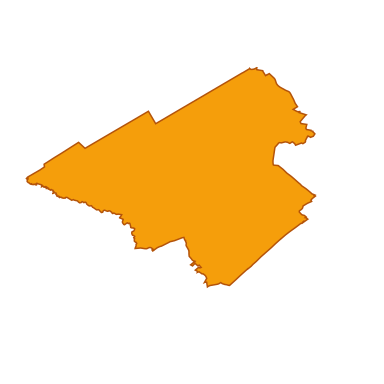 the district of Gaviezes pag., Grobinas, Latvia, rotated 150°
{"feature_id": "27541924B56767178281632", "entity_name": "Gaviezes pag.", "entity_type": "district", "adm_level": 2, "iso_a3": "LVA", "parent_name": "Latvia", "parent_adm1": "Grobinas", "projection": "natural_earth1", "projection_center": [21.351, 56.477], "detail": "fine", "context": "isolated", "style": "filled", "palette": "amber", "viewbox_px": 384, "rotation_deg": 150, "n_neighbors": 0, "source": "geoboundaries", "source_scale": "gbopen_adm2", "svg_char_len": 5966}
<svg xmlns="http://www.w3.org/2000/svg" viewBox="0 0 384 384"><g transform="rotate(150 192 192)"><path d="M229.6,129.6L228.5,127.7L225.0,128.7L225.0,128.4L223.8,125.0L222.4,125.1L221.8,122.1L223.0,122.3L224.2,123.4L228.2,122.7L227.4,121.4L227.1,120.6L227.2,119.9L227.5,119.7L225.8,119.4L224.2,116.0L223.3,115.6L222.3,113.1L222.2,111.9L222.4,109.9L226.5,107.4L225.8,107.3L224.4,106.6L226.1,102.1L225.1,102.2L223.2,102.0L216.9,99.7L215.3,99.2L213.8,99.1L212.4,99.2L211.6,97.5L209.8,95.5L208.3,94.3L207.0,92.9L206.2,92.3L197.5,94.2L192.5,95.4L182.3,97.6L182.3,97.4L177.9,98.1L175.3,98.9L171.2,99.7L164.8,101.4L150.9,104.2L145.6,105.5L138.6,107.0L138.6,106.9L132.4,108.1L127.2,108.8L120.2,109.5L113.9,110.3L113.0,110.3L112.6,109.9L112.0,109.9L111.2,110.1L111.2,110.5L110.5,110.6L110.1,110.8L109.7,110.8L109.6,110.3L110.2,110.3L110.4,110.1L105.3,110.6L106.2,112.8L106.6,113.1L105.6,113.2L106.4,115.5L108.0,117.1L108.3,117.7L108.6,118.8L109.1,121.1L108.4,122.0L105.8,122.2L104.3,122.8L102.7,124.4L97.7,124.5L93.1,124.0L93.1,125.5L91.0,126.2L87.5,126.7L88.1,127.5L88.1,127.8L87.0,127.8L89.2,130.7L89.4,131.8L91.2,136.7L91.8,138.2L93.9,142.5L94.3,144.5L95.2,146.9L97.1,152.7L98.2,155.8L100.4,160.9L101.8,166.0L104.1,171.8L107.8,174.4L108.0,175.0L107.3,176.7L106.2,178.7L98.0,189.0L97.6,189.3L93.6,190.6L92.9,191.0L91.7,191.1L89.9,189.8L86.2,188.8L84.4,187.3L83.2,185.4L83.0,185.2L80.2,185.3L79.9,185.2L78.9,182.6L78.9,180.7L72.7,179.7L71.8,178.4L69.2,178.5L68.5,178.9L68.2,179.6L67.4,180.3L64.5,182.1L64.3,182.4L63.6,182.5L63.6,182.1L62.4,181.0L62.1,180.1L59.1,179.6L56.5,180.9L56.7,182.0L57.2,183.1L57.2,183.5L56.9,184.0L58.1,185.3L59.0,186.6L58.9,186.6L61.6,188.9L61.5,190.3L60.4,191.5L58.8,193.1L63.4,196.8L63.2,198.8L56.1,201.4L54.5,201.7L59.4,207.1L58.4,207.5L58.4,207.8L59.9,208.4L60.8,209.2L63.1,213.0L58.0,213.1L58.3,217.2L57.8,221.2L57.5,228.2L57.6,229.4L57.8,230.1L58.1,230.7L60.0,233.2L63.2,238.5L64.0,240.3L64.3,241.1L64.6,242.8L64.6,243.6L64.5,244.5L63.9,247.2L63.8,248.5L64.0,249.7L65.9,255.9L68.5,255.9L68.5,256.1L70.1,256.0L70.3,261.4L70.1,261.7L74.7,265.5L74.6,266.4L74.3,266.8L73.7,267.0L73.9,267.3L75.3,267.3L76.8,267.4L76.8,267.5L77.6,267.7L78.8,268.2L79.8,268.8L80.3,270.1L80.5,269.8L80.9,270.0L88.4,269.9L88.9,270.0L189.3,269.3L189.4,283.7L262.8,283.3L265.4,291.7L286.0,290.8L293.9,290.6L306.2,290.0L307.2,287.5L312.5,287.1L326.6,287.1L327.2,287.0L327.0,286.4L327.0,286.2L327.5,286.0L328.2,286.5L328.7,286.4L328.6,286.0L328.4,285.6L327.7,285.5L327.5,285.4L327.6,285.2L328.6,284.7L329.4,283.8L329.5,283.4L329.3,283.0L329.2,282.2L328.7,281.4L328.4,281.1L328.2,280.1L328.1,279.9L327.3,279.6L327.6,279.4L327.6,279.2L326.5,278.4L326.4,278.2L325.6,278.1L325.4,277.5L325.2,277.4L324.0,277.4L323.7,277.1L323.8,276.4L323.5,276.0L322.9,276.0L322.5,276.6L322.3,277.2L322.1,277.2L321.9,277.1L321.6,276.6L320.7,275.5L318.7,273.5L318.8,273.4L318.7,273.1L319.1,272.8L319.2,272.6L318.5,272.6L318.4,272.3L319.1,271.8L318.6,271.8L317.9,271.4L317.8,270.8L318.0,270.7L317.7,270.1L317.3,270.0L317.1,270.2L316.7,270.2L315.7,269.6L315.5,269.2L315.8,269.1L316.0,269.2L316.3,269.0L316.1,268.8L316.1,268.6L316.3,268.4L316.4,267.9L316.0,267.9L315.8,268.1L315.4,268.3L315.1,268.1L314.5,267.1L315.0,266.9L315.1,266.7L314.8,266.2L314.5,265.9L313.9,265.2L313.8,264.8L313.5,264.6L313.6,264.4L313.3,264.3L312.9,264.6L312.6,264.5L312.5,264.4L312.6,264.0L311.6,263.1L311.5,262.8L311.6,262.6L312.0,262.2L311.4,261.5L311.5,261.0L311.7,260.9L312.5,260.6L313.2,260.6L313.3,260.4L313.0,260.3L312.0,260.2L311.1,259.7L310.4,259.2L310.5,258.8L310.4,258.7L311.0,257.9L310.5,257.5L310.5,257.4L310.7,256.9L310.9,256.7L310.9,256.4L310.8,256.1L311.0,255.8L310.9,255.6L309.9,255.4L309.4,254.8L309.3,254.6L309.7,254.2L309.2,253.8L309.4,253.6L309.4,253.4L308.5,253.3L308.0,252.9L307.9,252.7L307.5,252.5L307.4,252.2L307.5,251.9L306.5,251.0L304.9,250.1L304.6,250.4L304.4,250.5L303.2,250.0L302.9,249.8L300.3,245.0L298.5,244.7L298.2,244.0L296.9,242.7L296.3,242.2L295.6,241.5L295.4,240.3L294.8,238.9L293.5,238.3L292.7,238.4L292.1,238.7L291.9,238.6L291.6,238.3L291.1,237.0L290.9,236.8L290.0,236.8L289.2,236.3L289.0,235.7L289.2,234.6L289.2,234.3L288.8,233.0L288.3,231.8L287.5,231.0L286.2,230.6L285.9,230.4L285.7,228.4L285.3,228.0L283.7,224.5L283.4,224.1L283.0,223.9L282.1,223.7L281.6,223.2L280.8,219.6L280.7,219.5L280.1,219.4L279.6,219.1L279.4,219.2L278.5,219.9L278.1,220.1L277.2,220.1L276.7,219.9L275.8,218.6L274.9,217.6L274.4,217.3L273.3,217.3L272.6,216.7L272.3,215.8L271.8,214.9L271.7,213.7L271.7,213.3L271.6,213.1L271.2,212.9L270.7,213.0L270.3,212.8L269.7,212.2L269.1,211.0L268.6,210.4L266.8,209.6L264.3,207.6L264.2,207.5L264.8,207.1L266.5,206.3L267.4,206.1L267.6,205.8L265.9,203.6L265.7,203.2L265.4,203.0L265.3,202.7L265.7,202.2L267.0,201.2L267.3,200.8L267.5,199.9L267.4,198.8L267.2,198.2L267.3,198.0L267.0,197.5L266.7,197.4L264.1,197.7L263.6,197.6L263.2,197.5L263.1,196.8L262.8,196.4L262.1,196.4L261.6,196.1L261.6,195.7L262.0,194.1L262.2,193.6L262.4,192.5L262.7,192.2L262.8,191.9L262.1,191.0L260.7,190.1L260.5,189.7L260.0,189.2L260.0,188.9L260.2,188.6L261.0,187.9L261.5,187.5L262.4,187.3L263.6,187.6L264.0,187.4L264.4,187.0L264.8,186.4L265.1,185.2L265.1,184.4L265.0,184.2L264.3,183.6L263.8,182.2L264.1,181.9L265.3,181.6L265.3,181.0L265.0,180.5L265.0,180.3L265.3,180.1L266.0,179.3L266.5,178.0L266.2,177.5L266.0,176.6L265.5,176.3L265.6,175.0L265.9,174.8L266.4,174.7L266.8,174.3L267.2,173.5L267.4,173.2L268.4,172.5L268.6,172.4L269.5,171.5L264.5,169.2L261.7,166.9L260.8,166.2L259.7,165.6L258.7,165.4L257.3,165.4L256.0,164.9L255.1,163.9L254.7,162.7L254.4,162.3L254.4,161.9L255.6,161.8L255.5,160.6L254.9,160.7L254.6,160.5L253.1,160.8L249.8,161.1L247.4,160.9L245.5,160.4L236.9,159.9L236.2,160.0L231.5,158.6L223.4,157.3L221.7,156.7L222.1,155.1L222.3,154.2L222.1,153.6L221.8,153.3L222.3,152.5L222.4,150.7L223.5,149.2L223.9,148.4L223.9,145.0L224.0,143.0L224.6,141.6L225.6,139.9L226.6,137.7L226.0,134.7L225.8,132.9L225.3,131.8L224.1,130.5L229.6,129.6Z" fill="#f59e0b" stroke="#b45309" stroke-width="1.5"/></g></svg>